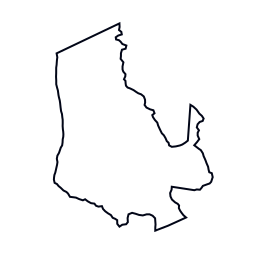 Aguiar, Paraíba, Brazil, rotated 264°
{"feature_id": "56859067B16388053496765", "entity_name": "Aguiar", "entity_type": "district", "adm_level": 2, "iso_a3": "BRA", "parent_name": "Brazil", "parent_adm1": "Paraíba", "projection": "natural_earth1", "projection_center": [-38.219, -7.086], "detail": "fine", "context": "isolated", "style": "outline", "palette": "ink", "viewbox_px": 256, "rotation_deg": 264, "n_neighbors": 0, "source": "geoboundaries", "source_scale": "gbopen_adm2", "svg_char_len": 2414}
<svg xmlns="http://www.w3.org/2000/svg" viewBox="0 0 256 256"><g transform="rotate(264 128 128)"><path d="M209.7,64.8L205.7,65.1L203.3,64.5L200.6,64.0L198.3,63.6L195.5,62.9L192.8,62.6L190.0,62.3L186.5,61.8L182.8,61.6L179.0,61.2L175.4,61.7L172.6,62.2L168.2,62.3L165.9,62.5L162.5,63.0L160.0,63.1L155.6,63.1L151.8,63.2L148.8,63.8L145.6,63.8L143.0,63.9L139.8,63.6L136.8,63.2L133.3,63.1L131.2,63.2L128.6,63.1L126.0,62.7L123.6,61.9L120.4,61.4L117.6,60.7L115.5,59.1L113.3,58.1L110.5,56.8L107.9,54.9L104.8,54.0L101.5,54.3L98.8,53.6L96.2,52.7L93.2,51.7L91.2,51.0L89.0,49.9L86.6,49.3L84.4,48.9L81.1,49.3L79.7,51.5L77.5,52.9L75.6,54.8L72.6,57.3L70.8,60.1L69.1,61.5L65.6,63.1L64.8,66.6L64.2,69.0L62.4,72.0L60.8,75.6L61.6,77.9L59.3,80.3L57.1,83.4L56.3,86.7L54.0,88.1L52.9,90.4L53.0,93.9L50.1,94.7L47.6,96.6L45.3,99.1L43.2,101.9L40.3,103.4L39.1,105.6L37.5,107.6L33.8,107.3L30.8,109.2L32.4,112.2L32.5,116.1L34.4,118.0L38.5,118.2L42.1,119.5L43.2,123.2L41.9,126.6L40.4,129.9L39.5,133.6L40.2,137.6L39.9,140.4L38.2,143.3L35.4,145.5L29.1,145.3L26.6,144.8L23.1,144.4L26.6,157.5L32.9,176.4L35.5,174.0L38.1,172.4L40.3,171.2L43.0,170.2L45.6,170.7L47.4,169.5L49.1,167.1L52.3,164.2L55.5,163.1L58.9,163.1L62.1,164.9L65.0,165.4L59.2,187.5L59.7,189.9L59.1,193.1L60.7,194.8L62.6,196.4L63.7,200.8L64.3,203.4L65.8,205.1L70.3,207.1L74.3,206.6L75.5,204.2L78.1,203.8L81.1,203.6L84.9,202.4L87.4,201.8L89.7,201.1L92.0,200.3L95.0,199.8L98.4,198.1L99.9,196.3L102.2,193.9L103.9,192.1L106.8,195.2L109.5,197.7L113.2,196.5L116.0,196.8L118.3,198.3L121.4,196.5L124.4,197.6L126.5,199.9L127.2,203.0L129.5,204.2L132.4,202.7L134.8,200.5L139.1,198.1L142.4,195.2L144.5,192.5L109.2,186.2L107.5,183.5L105.9,180.3L105.2,177.8L104.7,173.6L104.7,169.6L106.4,167.1L109.1,166.8L110.9,165.2L113.9,164.3L117.0,162.9L119.2,161.1L122.7,159.8L125.0,159.0L127.4,158.2L130.3,157.7L133.3,155.5L136.2,154.0L138.3,153.5L139.9,155.9L143.0,155.1L144.2,152.0L146.4,148.5L149.2,146.9L151.5,147.7L154.4,147.9L157.7,147.0L160.1,144.6L161.5,141.8L163.1,139.8L165.1,137.5L167.1,134.3L168.3,131.8L170.3,130.4L172.7,130.3L175.1,130.4L176.9,129.1L179.6,130.7L181.8,131.1L184.6,129.2L186.7,128.7L189.8,129.0L193.8,130.3L197.5,127.9L200.3,128.5L203.1,128.8L206.5,130.2L207.1,133.9L210.2,135.0L212.1,131.2L214.7,129.6L216.3,128.1L217.3,125.4L219.5,125.3L221.0,128.0L221.7,131.6L224.3,131.4L226.4,129.3L229.3,130.2L232.9,130.4L209.7,64.8Z" fill="none" stroke="#020617" stroke-width="2"/></g></svg>